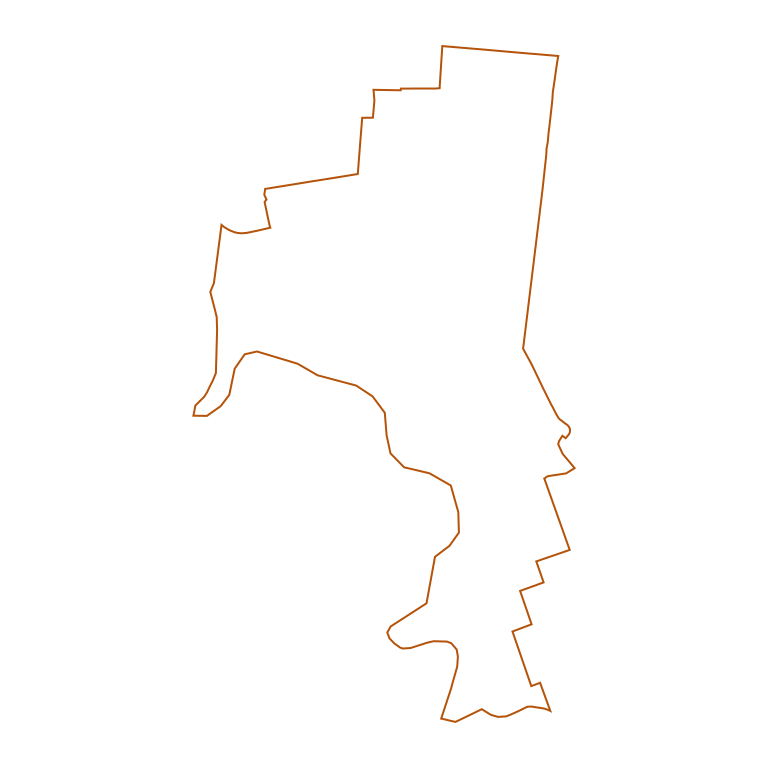 outline of Tudor Vladimirescu, Galati, Romania
{"feature_id": "2599482B92797551545765", "entity_name": "Tudor Vladimirescu", "entity_type": "district", "adm_level": 2, "iso_a3": "ROU", "parent_name": "Romania", "parent_adm1": "Galati", "projection": "mercator", "projection_center": [27.668, 45.548], "detail": "fine", "context": "isolated", "style": "outline", "palette": "amber", "viewbox_px": 768, "rotation_deg": 0, "n_neighbors": 0, "source": "geoboundaries", "source_scale": "gbopen_adm2", "svg_char_len": 3073}
<svg xmlns="http://www.w3.org/2000/svg" viewBox="0 0 768 768"><path d="M546.5,148.8L547.0,146.3L547.3,144.6L547.9,141.2L548.1,138.6L548.5,133.4L548.9,130.5L549.5,125.5L551.5,107.7L551.9,104.3L552.4,99.2L552.8,92.3L554.4,81.6L556.1,69.4L557.0,63.3L557.2,61.9L558.3,56.0L533.8,53.9L531.0,53.7L520.3,52.8L482.9,49.5L442.3,46.1L439.6,88.2L436.1,88.5L429.1,88.5L400.9,88.6L400.7,90.3L373.5,89.8L374.4,100.7L372.9,117.7L362.2,117.8L359.8,148.0L357.8,174.0L342.5,176.5L340.6,176.8L311.7,181.4L265.2,188.9L264.3,194.8L266.5,199.5L264.6,202.0L267.8,217.2L269.8,226.4L270.3,227.7L257.3,230.7L246.7,232.9L241.6,233.3L238.1,233.0L234.7,232.3L229.4,230.2L224.1,227.0L221.5,224.9L220.7,231.3L213.9,283.2L210.3,291.9L214.8,309.3L216.7,317.0L217.1,329.7L216.5,351.6L216.4,355.5L215.9,373.0L212.8,380.6L209.4,387.3L207.0,392.4L204.1,396.9L195.4,405.5L193.4,415.7L206.9,415.9L220.7,406.1L229.3,394.9L232.1,381.2L234.7,368.7L244.7,354.3L251.7,352.7L257.0,351.5L297.5,363.7L317.6,375.3L356.3,385.6L372.6,396.4L384.8,412.8L386.6,435.3L390.5,453.4L404.1,467.3L429.5,473.3L450.8,485.5L458.3,512.1L458.9,532.6L454.2,539.2L449.5,545.8L435.0,556.8L426.5,603.3L390.6,626.5L387.3,632.5L389.5,638.4L394.4,643.5L400.3,647.7L403.0,648.5L410.6,648.0L427.8,642.5L433.9,641.2L447.1,641.6L451.4,643.3L456.7,649.6L457.9,656.6L457.2,666.6L454.8,675.1L452.4,683.5L451.3,687.9L448.0,697.9L441.2,718.6L444.8,719.4L450.1,720.7L455.5,721.9L468.6,715.6L481.8,709.2L490.8,714.8L498.0,716.9L506.1,716.4L510.7,714.6L520.8,710.0L521.2,709.8L521.3,709.7L521.8,709.5L522.0,709.4L522.5,709.1L522.9,708.9L523.2,708.8L523.6,708.5L524.0,708.3L524.2,708.2L524.5,708.1L525.1,707.8L525.7,707.5L526.1,707.3L526.4,707.2L526.9,707.0L527.1,707.0L527.7,706.8L527.8,706.7L528.2,706.7L528.7,706.6L528.9,706.6L529.1,706.6L529.5,706.6L529.8,706.6L530.1,706.6L530.4,706.6L530.7,706.6L531.0,706.6L531.3,706.6L531.6,706.6L531.8,706.6L532.0,706.7L532.3,706.7L532.5,706.7L532.8,706.8L533.2,706.8L533.5,706.9L533.8,706.9L534.1,707.0L534.4,707.0L534.8,707.1L535.6,707.2L535.9,707.3L536.3,707.3L536.5,707.4L536.8,707.4L537.0,707.4L537.3,707.5L537.6,707.5L537.9,707.6L538.3,707.6L538.5,707.7L539.1,707.7L539.2,707.8L539.4,707.8L539.7,707.8L539.9,707.9L540.0,707.9L540.4,707.9L540.7,708.0L541.0,708.0L541.3,708.1L541.5,708.1L542.2,708.2L542.5,708.3L542.9,708.3L543.1,708.4L543.5,708.4L543.7,708.5L544.1,708.6L544.6,708.7L544.8,708.8L545.0,708.8L547.9,709.9L548.4,710.0L548.9,710.2L549.1,710.3L549.6,710.6L550.1,710.8L550.3,710.9L540.1,682.8L531.3,686.1L512.5,631.5L531.6,624.3L520.1,590.9L543.6,582.4L536.3,561.4L569.7,549.9L544.3,478.5L545.1,478.1L546.6,476.8L548.3,476.1L566.1,473.4L574.6,468.1L562.6,453.8L558.2,444.2L559.0,441.2L562.4,435.8L565.6,438.2L569.0,434.3L569.8,432.4L570.0,430.8L569.9,429.3L569.7,428.2L569.2,427.4L568.4,426.1L567.6,425.2L567.0,424.7L566.1,424.0L565.4,423.7L563.7,422.3L561.9,420.9L560.1,419.6L558.8,418.4L557.7,416.7L554.7,411.2L552.8,407.4L551.2,404.6L543.5,389.1L531.8,364.7L523.1,348.7L539.4,215.4L542.5,189.7L545.9,158.3L546.3,154.4L546.5,149.9L546.5,148.8Z" fill="none" stroke="#b45309" stroke-width="2"/></svg>